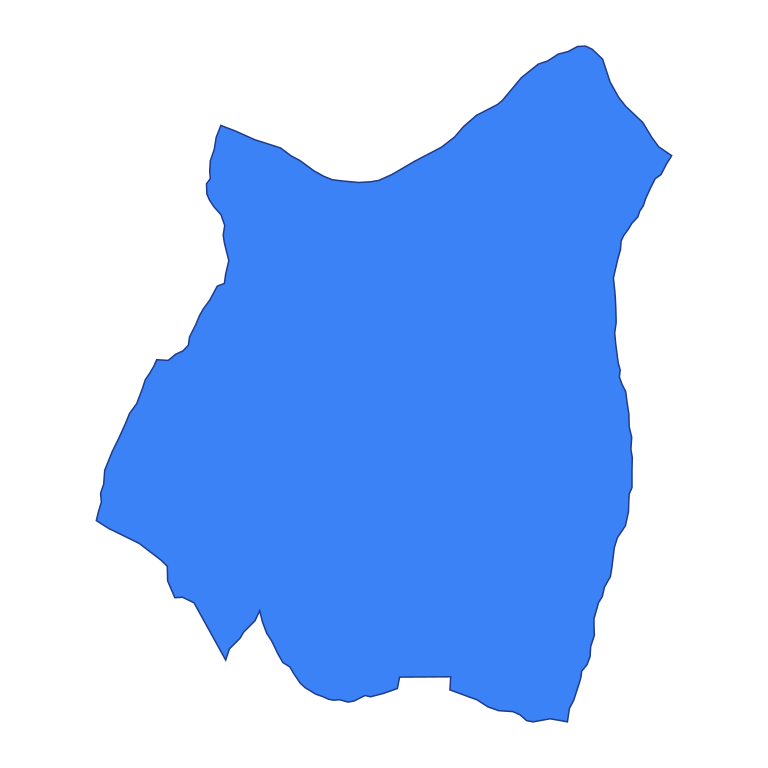 Terra Rica, Paraná, Brazil
{"feature_id": "56859067B82246536000747", "entity_name": "Terra Rica", "entity_type": "district", "adm_level": 2, "iso_a3": "BRA", "parent_name": "Brazil", "parent_adm1": "Paraná", "projection": "natural_earth1", "projection_center": [-52.68, -22.72], "detail": "fine", "context": "isolated", "style": "filled", "palette": "blue", "viewbox_px": 768, "rotation_deg": 0, "n_neighbors": 0, "source": "geoboundaries", "source_scale": "gbopen_adm2", "svg_char_len": 2339}
<svg xmlns="http://www.w3.org/2000/svg" viewBox="0 0 768 768"><path d="M255.0,139.8L235.1,130.9L225.9,127.4L220.9,125.4L216.2,137.3L214.2,149.5L210.3,161.0L209.7,171.1L210.3,178.6L206.5,183.8L206.8,193.9L209.6,200.3L214.0,206.9L221.0,214.8L224.7,225.4L223.2,235.2L224.4,243.0L228.8,260.6L225.6,274.4L224.4,283.4L217.3,286.1L209.6,300.3L203.3,308.9L199.6,315.4L195.9,324.3L189.5,337.0L188.4,345.2L182.9,350.9L175.7,354.2L168.2,360.4L156.7,359.7L153.8,366.3L149.7,373.3L145.3,379.7L142.2,389.1L136.7,403.6L129.5,413.5L125.2,424.1L118.8,438.2L112.2,451.6L104.7,470.2L103.7,484.1L100.6,493.1L101.3,502.3L98.3,512.2L96.3,520.6L108.8,528.5L139.1,543.4L160.7,559.9L167.3,566.3L167.6,580.8L174.8,597.7L182.6,597.3L194.0,602.8L225.7,660.1L229.4,648.9L240.1,638.2L243.6,632.2L255.0,620.8L259.7,610.8L262.3,621.4L266.6,633.1L271.6,640.8L277.9,653.8L282.8,662.5L289.8,666.9L293.7,673.5L300.1,683.0L305.0,687.6L315.6,694.1L322.8,696.6L328.4,699.2L333.6,700.2L339.6,699.7L348.0,702.1L354.1,701.0L365.0,695.5L370.5,696.8L383.8,693.3L397.4,688.5L399.6,677.1L450.7,676.8L449.9,689.9L477.2,699.9L487.9,706.9L498.9,710.7L512.8,711.6L520.0,714.8L526.6,720.6L533.0,721.9L550.0,718.8L560.7,720.6L567.4,721.9L569.4,708.5L573.7,700.3L579.2,683.4L580.9,677.5L581.7,671.1L587.0,664.8L590.1,656.6L590.7,646.5L594.4,635.3L594.0,625.9L594.0,618.8L598.6,602.5L602.3,596.6L604.5,587.0L610.4,576.6L611.9,567.4L614.3,547.7L617.4,537.7L625.4,525.8L628.5,511.6L628.8,501.2L629.2,494.0L632.0,487.6L632.0,470.0L632.3,457.5L630.9,449.3L631.7,437.2L629.2,426.9L628.9,414.2L627.1,402.5L625.7,391.5L622.0,384.3L619.4,377.0L620.2,370.0L618.2,362.9L617.1,354.6L615.6,342.8L614.7,332.9L616.2,322.3L615.8,307.8L615.3,297.2L614.7,290.0L613.4,278.1L617.7,259.5L620.5,249.6L621.1,241.0L623.7,235.5L628.3,229.3L631.8,223.4L637.8,217.0L639.8,211.1L643.3,205.8L645.5,199.0L650.0,189.1L655.2,178.7L661.0,174.6L666.7,163.6L671.7,155.7L658.6,146.7L651.8,137.4L642.8,122.5L625.8,106.4L618.5,97.1L610.1,82.0L602.6,59.2L592.3,49.3L585.6,46.1L577.5,46.5L568.0,51.6L558.2,54.1L547.6,61.0L538.3,64.1L521.3,77.7L502.5,100.3L497.3,104.6L476.5,115.3L463.4,126.7L454.8,136.8L441.6,147.1L414.7,161.2L391.9,174.5L378.8,180.4L370.3,181.8L358.9,182.5L342.8,181.0L332.1,179.7L323.8,176.3L313.7,170.7L300.3,160.8L290.8,155.7L280.7,148.0L255.0,139.8Z" fill="#3b82f6" stroke="#1e3a8a" stroke-width="1.5"/></svg>